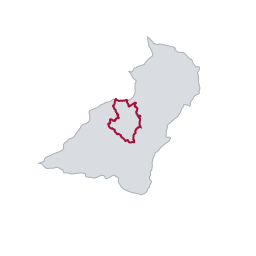 Central African Republic, with Ouaka highlighted, rotated 145°
{"feature_id": "CAF-809", "entity_name": "Ouaka", "entity_type": "Prefecture", "adm_level": 1, "iso_a3": "CAF", "parent_name": "Central African Republic", "parent_adm1": "", "projection": "mercator", "projection_center": [20.78, 6.114], "detail": "fine", "context": "in_parent", "style": "outline", "palette": "rose", "viewbox_px": 256, "rotation_deg": 145, "n_neighbors": 0, "source": "natural_earth", "source_scale": "10m", "svg_char_len": 8109}
<svg xmlns="http://www.w3.org/2000/svg" viewBox="0 0 256 256"><g transform="rotate(145 128 128)"><path d="M173.0,98.4L175.1,99.0L175.5,99.6L174.9,101.8L175.3,103.1L176.5,104.2L177.7,104.7L178.9,105.0L182.9,105.7L184.6,106.5L186.8,109.0L189.6,111.3L190.3,112.5L190.1,113.6L189.3,114.9L189.4,115.4L190.7,116.8L192.2,118.1L194.8,119.7L199.5,122.0L201.6,123.6L202.3,124.8L203.5,126.1L205.2,127.3L206.3,128.2L205.5,130.9L205.7,131.7L206.2,132.5L207.1,133.5L207.5,134.8L208.5,136.4L209.6,137.2L211.5,137.5L212.5,138.2L214.6,139.5L216.6,140.7L217.5,141.4L218.1,142.1L218.5,142.9L218.7,143.8L218.8,145.5L219.1,147.7L220.2,149.2L221.2,150.3L217.1,149.0L216.5,149.0L215.7,149.2L213.6,150.8L212.9,151.0L210.2,150.7L203.6,149.4L198.5,148.2L197.0,147.8L194.2,147.4L192.4,148.2L190.8,151.0L190.3,151.5L187.6,152.4L186.4,152.1L183.3,152.9L178.6,151.7L176.9,152.0L175.6,152.5L172.2,153.8L170.1,154.5L167.7,155.2L165.5,156.2L163.9,156.7L162.4,156.7L161.1,156.2L159.6,155.7L157.8,155.6L156.0,155.9L154.4,157.0L153.8,157.8L152.4,159.9L150.8,163.3L150.2,164.0L149.6,164.4L142.2,162.6L139.1,162.2L136.9,162.8L134.2,161.8L133.0,161.6L132.5,161.9L131.0,161.5L128.6,160.3L126.2,159.9L124.1,160.0L122.8,159.6L121.8,158.5L120.5,156.4L118.1,154.3L114.8,152.7L112.8,151.4L112.0,150.6L110.3,150.1L107.6,150.0L105.1,150.9L101.4,153.4L98.0,158.8L96.1,160.8L94.6,161.3L94.2,162.6L95.0,164.6L95.2,167.0L94.6,170.9L94.8,173.8L94.0,173.4L93.2,172.0L92.9,171.7L90.6,172.3L89.5,172.9L88.8,173.4L88.4,173.5L87.7,172.8L87.1,172.6L86.2,172.8L85.3,172.8L84.7,172.7L84.3,172.7L83.3,172.3L79.4,171.2L78.8,170.8L78.0,170.8L76.0,171.8L74.9,172.1L71.7,172.7L68.3,173.0L67.0,173.0L66.1,173.4L65.5,174.0L64.4,177.7L64.2,178.3L64.2,179.3L63.9,182.2L64.0,183.1L59.9,191.2L59.3,189.9L58.8,188.3L58.7,186.5L58.8,186.0L58.5,185.5L58.2,184.0L58.5,183.0L58.2,182.0L57.4,181.0L56.7,180.3L56.3,179.6L55.9,179.3L55.1,179.2L54.1,178.9L49.5,174.1L44.8,168.8L43.8,167.1L43.4,166.1L44.6,166.0L44.9,165.8L44.9,165.3L44.2,163.9L43.8,162.2L43.3,161.1L41.4,159.5L39.6,158.3L39.1,157.6L38.7,156.7L38.1,150.9L37.8,149.3L37.2,148.6L36.8,148.2L36.6,147.8L36.7,146.8L37.0,145.9L36.9,145.5L37.4,144.7L37.4,139.4L36.9,138.7L35.8,138.6L35.2,137.9L34.8,136.9L34.9,136.2L35.9,135.1L36.6,134.7L38.6,133.8L39.2,133.4L39.5,132.9L39.8,132.1L40.9,129.4L42.7,126.7L43.4,126.1L45.2,122.0L45.6,121.0L45.9,120.0L46.5,119.1L48.4,117.8L49.8,115.4L51.4,115.5L53.0,115.9L55.1,116.1L56.7,115.6L57.7,114.7L62.8,113.1L63.1,111.8L63.9,111.1L64.8,110.5L65.1,110.4L65.2,110.9L65.8,112.2L66.9,113.5L68.6,115.0L69.1,114.9L70.1,113.8L72.7,113.1L73.4,112.8L75.2,111.2L77.5,110.1L78.8,109.8L81.0,108.7L82.6,108.8L85.2,108.7L89.5,108.2L92.6,108.0L94.2,107.8L94.6,107.6L95.2,106.0L95.6,105.6L96.8,104.9L99.1,102.6L100.6,100.6L101.0,99.9L101.4,99.8L102.0,98.9L101.4,98.1L98.8,96.3L98.8,96.1L98.7,95.8L98.8,95.5L99.8,94.8L101.1,94.0L102.5,93.7L106.2,93.8L109.3,93.6L110.0,93.6L112.5,93.2L114.1,92.8L115.9,92.0L119.7,92.1L123.0,89.9L123.9,89.5L124.3,89.2L124.4,88.9L125.9,88.0L127.6,86.3L129.0,84.7L129.3,83.5L133.0,79.7L134.3,79.8L134.9,79.3L136.3,76.8L136.8,76.3L138.3,75.9L139.0,75.1L139.6,74.0L139.6,72.6L139.3,71.5L139.3,71.0L139.7,70.5L140.3,70.0L143.1,68.6L143.8,67.9L144.2,67.3L145.0,67.2L145.8,67.3L146.4,66.9L147.0,66.3L148.9,65.4L150.7,64.8L152.5,65.1L155.9,65.9L156.9,67.7L157.4,68.4L161.6,72.7L162.4,73.7L164.5,76.8L165.8,78.9L167.2,81.9L167.4,83.6L167.2,85.0L166.9,89.0L166.5,90.1L164.7,92.3L164.6,93.2L165.0,94.0L165.5,94.4L165.9,94.8L165.7,96.6L166.3,97.3L167.7,97.8L171.2,98.2L173.0,98.4Z" fill="#d9dde1" stroke="#a8b0b8" stroke-width="1"/><path d="M121.4,158.7L121.2,158.4L121.2,158.1L121.4,157.8L121.5,157.6L121.4,157.3L121.1,157.0L120.9,156.8L120.6,156.6L120.2,155.9L119.9,155.4L119.7,155.2L119.4,155.1L119.2,155.0L118.5,154.8L118.2,154.7L117.9,154.4L117.3,153.6L117.0,153.5L116.1,153.1L115.6,152.8L115.3,152.5L114.9,152.2L113.6,152.0L113.2,151.9L113.1,151.7L113.0,151.4L112.8,151.0L113.1,150.8L113.2,150.7L113.4,150.6L113.6,150.4L113.9,150.0L114.1,149.0L114.1,148.5L114.1,148.3L114.2,148.1L114.2,147.1L114.3,146.9L114.3,146.7L114.5,146.5L114.6,146.1L114.9,145.8L114.9,145.7L115.0,145.6L115.0,145.4L115.0,145.2L114.8,145.0L114.0,144.9L107.9,144.8L107.7,144.7L107.5,144.4L107.4,144.3L107.3,144.2L107.2,144.1L107.3,143.8L107.5,143.7L108.3,143.6L108.5,143.5L109.8,142.4L110.0,142.1L110.0,141.8L110.0,141.4L110.0,141.2L109.9,141.0L109.3,140.9L109.2,140.8L109.2,140.7L109.3,140.5L109.4,140.4L109.4,140.1L109.0,138.8L109.0,138.6L109.2,138.4L110.4,137.4L110.6,137.2L110.8,136.9L111.0,136.8L111.5,136.9L111.8,136.8L112.0,136.4L112.2,136.1L112.3,135.9L112.5,135.7L112.4,135.3L112.4,135.2L112.7,134.8L112.8,134.7L112.6,134.2L112.6,133.8L112.9,133.1L113.0,132.8L112.9,132.5L112.7,132.2L112.4,132.0L112.2,131.9L111.7,131.7L111.4,131.5L111.3,131.4L111.2,131.2L111.1,130.9L111.1,130.6L111.6,130.5L112.1,130.5L112.4,130.7L112.8,130.9L112.9,131.0L113.0,131.0L113.0,130.9L113.1,130.6L112.8,129.0L112.8,128.7L113.0,128.4L113.7,127.4L113.8,127.3L114.3,126.9L115.0,126.2L115.3,126.0L115.4,125.8L115.5,125.5L115.7,125.3L116.1,124.9L116.3,124.7L116.4,124.4L116.8,123.4L117.0,122.9L116.9,122.1L117.1,121.6L117.2,121.8L117.5,122.0L117.8,122.0L118.0,122.1L118.1,122.3L118.3,122.5L118.6,122.5L119.0,122.5L119.3,122.4L119.6,122.6L119.8,122.7L120.0,122.5L120.2,122.4L120.3,122.5L120.9,122.5L121.0,122.6L121.5,122.6L121.8,122.3L122.2,122.0L122.3,121.9L122.7,122.0L123.0,121.9L123.9,121.2L124.1,121.0L124.1,120.7L124.5,119.7L124.9,119.4L125.4,119.4L125.5,119.4L125.8,119.6L126.0,119.6L126.3,119.6L127.4,119.0L127.6,118.9L128.3,118.0L128.5,117.7L129.5,116.3L129.6,116.2L130.2,115.7L130.3,115.6L130.3,115.4L130.0,114.9L130.0,114.7L130.1,114.3L130.2,114.2L130.4,114.1L130.5,113.9L130.6,113.4L130.7,113.2L130.8,113.0L131.1,112.8L131.7,113.3L132.1,113.8L132.4,114.0L132.7,114.2L133.7,114.4L134.0,114.5L134.4,114.8L134.7,115.1L134.9,115.3L135.1,115.5L135.2,115.8L135.3,116.1L135.3,116.3L135.1,117.9L135.1,118.1L135.3,118.3L135.4,118.5L135.6,118.5L136.4,118.6L136.5,118.6L136.8,118.5L137.0,118.5L137.3,118.7L137.5,118.8L137.6,119.0L137.5,120.4L137.9,122.9L138.0,123.1L138.3,123.3L138.3,124.0L138.6,124.7L138.6,124.8L138.5,125.0L138.4,125.0L138.4,125.4L138.5,125.5L138.4,125.7L138.4,125.8L138.1,126.0L138.0,126.3L138.1,126.5L138.7,127.8L138.8,128.1L138.9,128.3L139.0,128.4L139.1,128.5L139.2,128.8L139.3,128.9L139.5,128.9L140.0,128.9L140.1,129.0L140.3,129.1L140.5,129.3L140.6,129.6L140.4,130.2L140.4,130.3L140.5,131.0L140.8,132.2L140.8,132.5L140.7,132.8L140.6,133.1L140.0,133.9L139.9,134.1L139.9,134.3L140.0,134.5L140.4,134.8L140.6,135.0L140.8,135.7L140.9,135.9L141.0,136.2L141.0,136.6L141.1,136.8L141.3,136.8L141.5,136.8L141.8,136.9L141.9,137.0L142.0,137.1L142.3,138.0L142.7,138.7L142.7,139.0L142.7,140.1L142.5,140.9L142.2,141.5L142.2,142.0L142.0,142.3L141.7,142.6L141.5,142.9L141.4,142.9L141.2,142.8L140.7,142.4L140.5,142.2L140.3,142.1L140.1,142.1L139.5,142.6L138.9,143.2L138.7,144.0L138.3,144.8L137.9,145.1L137.6,145.2L137.4,145.2L137.0,144.7L136.6,144.5L136.5,144.2L136.2,143.6L136.1,143.4L136.2,143.2L136.2,142.9L135.9,142.5L135.7,142.2L135.4,141.9L135.1,141.7L134.9,141.4L134.7,141.6L134.5,141.8L134.4,141.9L134.1,141.6L133.9,141.6L133.5,142.1L133.4,142.1L132.9,142.4L132.8,142.5L132.5,142.5L132.4,142.5L131.9,142.2L131.7,142.2L131.7,142.3L131.4,142.4L131.1,142.4L130.9,142.4L130.6,141.9L130.4,141.7L130.2,141.6L129.9,141.5L129.7,141.6L129.6,141.8L129.7,142.0L129.8,142.1L130.0,142.3L130.0,142.5L129.9,142.7L129.9,142.8L129.6,143.1L129.5,143.3L129.6,143.7L129.6,143.8L129.5,144.0L129.4,144.0L128.6,144.2L128.4,144.3L128.3,144.5L128.5,144.6L128.7,144.8L128.8,144.8L128.9,145.0L128.9,145.3L129.0,145.7L129.0,145.8L128.7,146.1L128.6,146.4L128.6,147.3L128.6,148.5L128.5,148.8L128.4,149.1L128.0,149.5L127.9,149.7L127.8,149.9L127.8,150.1L127.8,150.3L127.9,150.5L128.2,151.2L128.3,151.4L128.3,151.6L128.2,151.9L127.8,152.3L127.7,152.6L127.7,152.8L127.7,153.0L127.8,153.8L127.8,154.1L127.8,154.3L127.7,154.6L127.5,154.8L127.3,154.9L127.1,154.9L126.9,154.9L126.6,154.8L126.4,154.8L126.2,154.9L125.7,155.2L125.1,155.5L124.9,155.7L123.8,157.0L123.0,157.8L122.7,158.0L121.4,158.7Z" fill="none" stroke="#9f1239" stroke-width="2"/></g></svg>